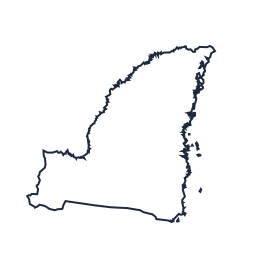 Boalemo, Gorontalo, Indonesia, rotated 282°
{"feature_id": "22746128B1718153682633", "entity_name": "Boalemo", "entity_type": "district", "adm_level": 2, "iso_a3": "IDN", "parent_name": "Indonesia", "parent_adm1": "Gorontalo", "projection": "orthographic", "projection_center": [122.441, 0.682], "detail": "fine", "context": "isolated", "style": "outline", "palette": "slate", "viewbox_px": 256, "rotation_deg": 282, "n_neighbors": 0, "source": "geoboundaries", "source_scale": "gbopen_adm2", "svg_char_len": 5940}
<svg xmlns="http://www.w3.org/2000/svg" viewBox="0 0 256 256"><g transform="rotate(282 128 128)"><path d="M88.3,50.0L83.2,51.4L81.0,53.1L75.3,54.9L71.9,54.9L66.5,50.9L63.7,51.0L62.0,50.2L58.5,52.7L53.9,51.9L53.0,50.7L52.1,50.7L49.4,52.8L44.4,52.9L43.5,47.5L41.7,46.4L41.6,44.9L40.4,43.6L37.8,46.1L33.2,47.8L31.6,52.9L30.8,53.4L32.1,55.5L34.5,57.4L34.5,62.7L32.5,68.2L32.4,73.7L33.8,75.8L35.2,80.6L39.4,80.9L43.5,82.1L45.5,112.4L46.9,127.7L49.5,143.9L50.1,157.0L48.9,160.5L48.6,169.9L46.9,173.4L44.8,174.7L45.9,186.5L45.1,190.2L45.9,191.2L46.4,190.5L46.5,191.8L47.3,191.5L47.0,192.1L47.5,191.6L48.8,192.0L54.6,195.7L54.1,197.2L54.6,199.0L56.0,200.0L54.7,201.6L56.4,202.0L56.7,200.7L56.1,200.2L56.8,199.1L58.4,199.4L60.2,198.8L61.8,199.7L61.6,199.0L62.3,198.4L66.0,196.7L66.6,197.5L66.9,196.5L68.8,196.0L72.8,197.9L79.0,194.4L80.5,194.5L81.6,195.9L81.8,194.0L82.5,194.3L83.4,193.3L84.9,194.5L83.4,195.3L83.5,195.9L85.7,194.6L88.2,195.2L91.0,193.9L91.4,194.8L92.6,195.0L92.8,196.2L94.0,196.6L94.7,195.7L95.2,197.8L96.4,197.9L96.5,197.3L97.4,198.1L97.6,195.8L98.2,197.2L99.3,197.6L100.0,197.1L99.0,195.7L101.6,196.6L103.4,196.0L103.6,195.3L100.6,193.6L105.5,194.5L107.3,192.2L108.9,191.9L110.1,192.9L111.1,192.5L109.8,191.2L110.4,190.3L110.8,191.1L111.7,190.9L111.2,187.6L111.8,186.3L112.1,188.5L113.2,189.5L113.1,191.2L113.9,191.7L114.9,191.5L115.5,188.0L116.8,187.5L116.7,185.9L117.4,186.9L117.3,188.7L118.8,187.6L118.6,186.5L119.5,187.9L117.6,190.0L118.6,189.4L118.2,190.8L118.6,191.7L119.1,190.2L119.7,190.2L119.5,191.4L120.5,191.5L120.5,189.9L120.6,190.7L121.7,190.0L122.5,191.4L123.1,190.9L123.3,191.5L123.5,190.3L121.8,188.4L123.5,186.6L123.0,186.1L124.1,186.6L123.9,186.2L124.6,185.6L126.1,187.2L127.3,186.8L126.5,187.8L127.9,188.5L129.5,186.9L129.8,185.3L130.7,184.5L131.4,184.8L132.6,182.8L133.2,184.3L134.3,183.5L135.4,184.7L136.0,183.6L135.6,182.1L136.8,183.1L137.4,182.5L137.8,183.5L137.9,182.6L139.3,183.0L140.3,181.6L140.7,182.2L139.7,183.9L142.3,182.5L142.9,182.8L142.1,183.8L141.3,183.6L141.0,184.8L142.0,185.6L141.2,186.0L143.8,185.4L144.3,184.3L145.2,185.3L144.6,187.0L143.5,187.3L143.9,188.5L147.2,187.2L149.6,188.3L150.3,187.7L150.1,188.6L152.0,189.1L152.7,187.1L153.8,187.7L155.2,187.0L154.1,186.7L153.9,185.9L153.1,186.2L153.0,185.3L153.8,185.3L153.6,184.5L154.3,184.1L154.9,184.7L155.1,183.2L156.4,185.9L155.6,186.0L156.1,186.5L162.7,187.2L161.9,188.1L160.3,188.0L160.3,188.5L161.3,188.6L164.8,188.3L164.7,187.3L163.6,187.0L165.1,186.8L166.7,188.6L170.4,188.8L171.7,188.4L171.6,186.5L172.8,186.8L172.9,187.6L173.6,187.4L173.9,186.4L177.1,184.7L174.8,187.1L176.8,188.4L177.3,189.8L178.5,189.9L179.0,189.3L177.4,187.0L177.3,185.9L178.3,184.8L179.7,188.6L180.7,187.3L181.5,188.0L182.5,186.9L184.0,188.9L184.5,187.5L185.4,188.0L187.8,186.4L188.8,187.5L187.6,188.1L186.5,190.9L187.0,192.1L188.3,192.4L190.7,191.8L192.4,189.1L191.5,186.8L189.7,186.3L190.6,184.3L192.1,184.3L192.4,185.1L195.3,184.4L196.5,186.2L194.1,187.4L193.2,188.4L193.3,189.2L195.6,191.0L196.0,190.3L198.4,190.6L199.2,191.5L200.7,191.2L202.1,190.0L203.1,190.4L203.4,189.2L204.9,188.0L204.6,187.2L201.9,186.3L201.6,185.4L205.0,186.7L206.4,186.1L206.6,184.8L207.2,186.7L208.5,186.7L208.4,187.3L203.9,189.7L203.9,190.6L207.0,191.1L209.6,193.2L211.7,192.4L211.5,191.4L213.2,189.8L212.6,192.6L214.5,193.6L218.5,193.9L221.3,197.1L224.5,193.8L225.2,190.9L223.5,188.6L222.2,181.2L219.4,178.9L219.0,177.5L216.4,177.5L216.1,175.7L218.0,172.8L217.2,171.2L217.8,168.5L219.7,167.8L219.8,166.8L219.0,166.3L218.0,163.5L217.1,163.1L217.4,161.6L215.9,161.0L217.1,159.1L214.4,158.0L214.0,156.5L212.4,156.7L212.5,155.2L210.5,153.1L209.3,147.6L207.2,145.0L208.8,144.6L207.4,143.5L207.9,141.8L205.0,142.4L206.5,141.1L207.0,138.8L204.9,139.5L205.9,138.3L204.8,137.6L204.6,136.4L204.0,137.7L202.6,137.6L202.9,135.8L202.0,136.7L201.4,136.4L201.9,134.5L200.2,135.4L199.8,136.8L199.2,136.5L199.3,134.6L196.2,135.3L195.3,133.8L196.7,134.3L197.1,133.8L196.1,132.1L194.1,131.0L195.4,129.8L191.8,127.5L190.3,125.0L188.7,124.8L188.5,121.7L186.5,123.8L186.0,122.9L187.1,122.4L187.1,121.7L183.8,121.8L182.1,120.9L181.7,119.8L180.1,120.4L180.2,118.7L179.4,117.7L177.7,119.6L176.6,117.0L175.2,119.0L174.3,116.6L174.7,115.7L172.0,115.4L172.0,113.6L170.7,112.4L172.3,111.8L173.5,110.1L170.7,108.5L170.2,110.0L169.4,110.2L168.1,107.9L167.7,109.7L166.8,110.2L166.5,106.0L165.4,107.5L162.4,104.9L162.9,103.4L161.3,102.4L157.2,103.7L153.9,100.0L152.7,101.3L151.6,101.3L151.7,102.6L150.3,102.2L149.5,103.3L148.6,101.8L146.3,102.8L142.8,100.4L142.0,102.5L140.1,100.6L138.7,101.2L137.4,99.3L137.6,97.4L136.2,98.2L132.9,95.9L132.8,94.8L131.5,95.6L130.5,94.7L129.2,95.1L127.4,94.0L125.5,94.2L124.6,92.6L123.2,92.1L122.4,91.0L120.1,90.9L119.4,90.0L118.0,90.8L117.4,90.2L116.6,90.7L115.1,90.1L114.7,90.7L114.2,89.9L111.2,89.6L111.1,90.2L106.3,91.9L107.3,92.4L106.6,93.0L104.0,92.7L103.1,93.8L102.6,93.2L100.3,93.5L99.9,95.1L99.2,94.5L96.4,94.7L97.2,93.4L94.9,93.6L90.9,90.0L89.3,91.4L89.8,90.0L89.1,88.5L89.9,87.9L88.8,87.1L89.1,85.9L88.3,84.2L87.3,83.9L88.2,83.4L88.2,81.3L90.3,79.9L88.7,78.9L89.9,76.2L90.7,76.0L90.7,76.9L91.1,76.2L90.5,75.1L93.7,73.5L91.5,72.3L90.0,72.5L89.8,71.2L88.2,70.3L89.7,69.2L90.8,67.1L89.7,66.4L89.3,65.0L90.6,63.5L88.2,59.2L87.2,54.5L88.3,50.0ZM183.0,188.9L181.3,189.6L181.2,190.4L180.6,189.8L180.1,190.3L181.0,191.9L182.6,193.0L183.7,192.8L184.9,191.1L184.5,189.3L183.0,188.9ZM154.5,188.5L152.8,189.1L154.0,191.0L156.7,190.4L156.4,188.7L155.4,188.5L155.0,189.1L154.5,188.5ZM127.2,197.6L124.4,199.2L124.2,199.9L125.3,200.2L127.0,199.2L128.0,198.1L127.2,197.6ZM83.4,211.9L80.9,211.2L80.6,212.0L82.9,212.4L83.4,211.9ZM116.2,204.5L116.8,204.1L116.8,202.6L116.1,201.6L115.3,202.8L116.2,204.5ZM49.2,196.1L47.2,195.2L46.8,195.4L47.3,196.9L49.2,196.1ZM122.3,201.4L123.0,200.7L122.5,199.9L121.4,200.4L122.3,201.4ZM124.7,194.4L124.0,194.2L124.2,194.9L124.7,194.4ZM134.8,188.9L134.3,189.1L134.5,189.6L135.0,189.4L134.8,188.9Z" fill="none" stroke="#1e293b" stroke-width="2"/></g></svg>